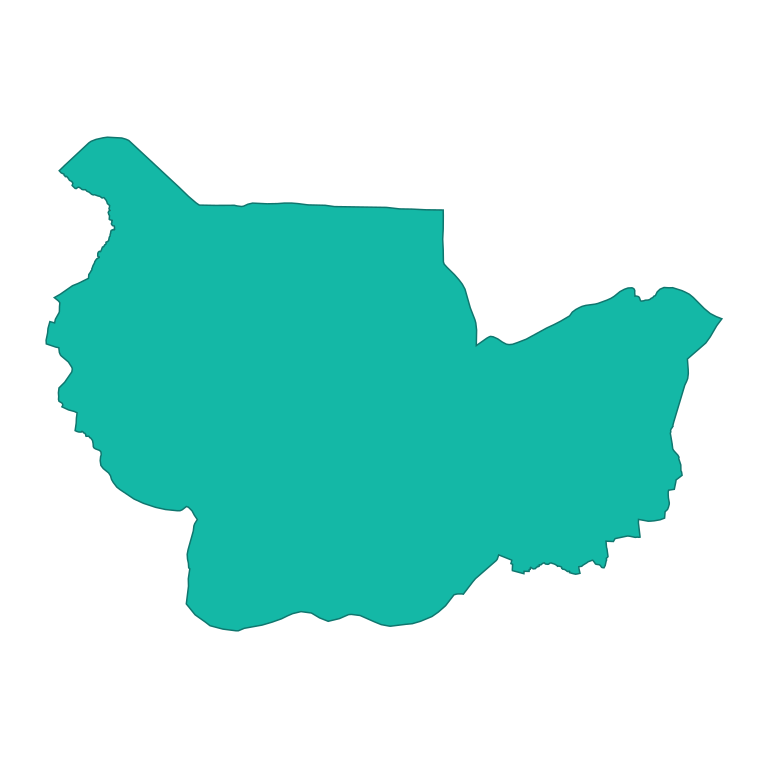 outline of Nong Hong, Buri Ram, Thailand
{"feature_id": "78962969B41390045790021", "entity_name": "Nong Hong", "entity_type": "district", "adm_level": 2, "iso_a3": "THA", "parent_name": "Thailand", "parent_adm1": "Buri Ram", "projection": "natural_earth1", "projection_center": [102.637, 14.875], "detail": "fine", "context": "isolated", "style": "filled", "palette": "teal", "viewbox_px": 768, "rotation_deg": 0, "n_neighbors": 0, "source": "geoboundaries", "source_scale": "gbopen_adm2", "svg_char_len": 6010}
<svg xmlns="http://www.w3.org/2000/svg" viewBox="0 0 768 768"><path d="M75.1,430.6L76.7,431.4L78.7,432.0L81.2,432.1L81.5,431.5L82.4,431.5L82.8,432.0L83.4,432.2L83.6,432.8L84.9,433.3L85.1,433.8L85.7,434.3L85.8,435.9L86.1,436.3L88.8,436.2L89.8,437.7L90.4,437.8L91.2,438.7L92.5,440.5L93.1,443.6L93.3,446.6L93.8,447.7L95.3,448.8L99.3,450.3L100.3,451.1L101.0,452.2L101.2,454.9L100.6,456.6L100.2,460.6L100.9,465.5L103.3,468.6L108.6,472.9L110.5,475.8L111.5,479.4L113.3,482.5L116.8,487.1L120.0,489.6L134.0,499.0L143.4,503.3L155.5,507.3L165.4,509.5L177.0,510.7L180.1,510.7L182.2,509.8L186.4,506.5L188.4,507.2L192.0,510.8L194.4,515.3L197.3,519.5L194.7,523.7L193.9,525.9L193.3,531.0L188.1,549.6L187.2,554.3L187.5,559.0L188.4,563.2L188.7,567.8L189.8,568.8L188.3,578.8L188.5,586.2L186.3,603.9L195.1,614.8L205.5,622.2L210.0,625.7L222.9,629.1L236.1,630.8L238.3,630.8L244.3,628.3L262.0,625.1L271.9,622.2L281.5,618.8L287.8,615.7L292.7,613.6L301.0,611.6L311.4,613.0L319.6,617.9L328.2,621.3L339.4,618.6L348.6,614.6L351.4,614.4L360.1,615.5L374.8,622.0L381.2,624.6L389.2,626.1L390.5,626.2L405.8,624.3L412.3,623.7L420.5,621.3L432.0,616.5L438.3,612.1L445.6,605.7L454.0,594.8L456.9,594.0L458.9,593.9L462.0,593.9L463.3,594.2L472.8,581.8L475.5,578.6L496.3,560.5L497.3,559.1L498.7,554.9L511.7,560.1L511.8,560.4L510.9,563.6L512.6,564.3L512.3,569.6L512.4,570.6L523.9,573.7L524.1,571.3L529.1,571.4L529.2,569.6L530.2,569.4L530.4,567.7L530.6,567.4L531.1,567.5L532.3,568.5L533.4,568.9L535.4,568.6L536.3,567.5L537.2,567.0L537.6,566.4L538.6,566.6L539.2,566.2L539.3,565.9L539.2,565.1L539.3,564.8L540.8,564.9L542.6,563.4L544.2,562.8L545.4,564.0L547.6,564.3L548.5,564.2L550.2,563.0L551.6,563.0L552.1,563.4L553.2,563.6L555.4,564.5L556.5,565.3L557.4,565.7L557.5,566.3L558.9,566.1L560.9,566.7L561.7,567.4L561.7,568.4L562.4,568.8L562.7,569.2L564.4,569.4L565.9,570.3L567.4,571.5L569.5,571.3L569.7,571.6L569.5,572.6L573.2,573.7L575.6,574.2L577.5,573.9L580.0,573.3L578.9,568.4L578.8,566.7L581.7,566.3L583.2,565.0L586.8,562.8L588.1,561.8L592.4,560.2L592.8,560.3L594.1,561.9L595.5,564.0L596.3,564.3L599.5,564.8L600.4,565.6L601.6,567.3L602.3,567.6L604.0,567.8L605.2,565.5L606.2,560.9L606.6,560.1L606.3,558.3L607.6,557.2L608.0,556.5L607.0,549.0L606.5,547.3L606.0,541.2L613.4,541.5L615.1,538.6L626.6,536.2L627.8,536.0L630.1,536.3L635.3,537.4L637.2,537.1L638.9,537.3L640.0,537.2L640.0,536.4L638.4,522.8L638.5,519.4L648.2,521.2L650.9,521.1L654.3,520.8L660.1,519.8L664.6,518.1L665.1,511.7L666.8,510.2L667.6,509.3L668.4,507.3L669.2,504.4L669.3,502.9L668.4,497.9L668.2,494.4L668.2,491.9L668.6,490.2L674.3,489.3L675.7,482.5L676.1,479.9L682.1,475.3L681.6,472.0L680.9,470.6L680.8,464.9L678.7,458.5L679.0,457.2L677.9,455.2L674.1,451.0L673.0,449.4L672.7,448.6L672.1,443.7L670.3,433.2L670.8,431.9L670.6,430.6L670.9,429.5L671.5,428.4L672.3,427.5L672.4,426.9L673.0,426.4L672.9,425.2L673.8,421.8L684.8,385.1L686.5,381.6L687.7,378.5L688.3,373.6L688.2,369.8L687.4,359.0L705.8,343.0L710.2,336.9L716.8,325.6L721.9,318.8L716.2,316.6L710.2,313.5L704.2,308.5L693.3,297.5L689.3,294.2L684.8,291.9L681.9,290.6L672.7,287.7L669.0,287.8L664.0,287.5L660.0,289.2L657.2,291.9L655.4,295.6L653.7,296.3L652.8,297.6L651.1,298.3L650.3,299.2L648.3,300.0L645.2,300.2L643.7,300.8L641.3,301.1L640.5,300.7L639.4,297.6L638.7,296.8L637.9,296.4L635.9,296.0L635.0,296.2L634.7,292.7L634.8,290.7L634.2,289.1L633.0,288.2L632.0,287.8L628.0,288.0L624.3,289.3L620.0,291.6L614.2,296.3L611.0,298.3L607.0,300.1L598.0,303.4L595.2,304.1L585.7,305.4L582.0,306.4L579.2,307.7L575.8,309.5L572.3,312.1L569.6,315.9L560.6,321.2L553.8,324.7L546.7,328.0L526.2,339.2L517.4,342.6L512.5,344.3L509.1,344.6L506.4,344.2L502.4,342.1L497.8,338.9L493.2,336.8L490.6,336.4L489.5,336.7L486.9,338.1L476.3,345.6L476.6,330.1L475.8,323.0L474.9,319.7L470.3,307.9L465.0,289.2L462.3,284.2L458.9,279.7L454.5,274.7L447.2,267.5L444.2,264.2L443.4,261.9L443.2,249.6L442.7,239.3L443.2,229.0L443.3,215.8L443.2,210.0L426.2,209.8L411.7,209.1L399.6,208.9L386.5,207.4L334.5,206.6L325.2,205.3L308.1,204.9L297.9,203.6L291.9,203.1L284.1,203.1L277.5,203.6L267.2,203.8L252.6,203.1L247.9,204.2L243.5,206.2L241.5,206.5L236.9,205.9L234.4,205.3L215.7,205.4L199.3,205.1L196.1,202.9L188.5,196.4L179.3,187.5L128.8,140.5L125.9,139.2L121.8,138.0L107.4,137.2L103.1,137.8L96.0,139.4L91.1,141.3L88.8,142.9L65.1,165.0L59.2,170.7L61.2,172.9L64.0,174.2L64.2,175.4L64.9,175.9L65.3,176.6L65.7,176.7L66.6,176.4L67.8,177.7L69.5,180.3L71.9,181.6L72.2,182.3L72.9,183.2L72.1,185.5L75.1,188.4L76.2,188.6L77.8,187.4L78.8,187.2L80.4,188.1L81.9,189.4L83.0,189.7L85.5,189.7L86.9,191.2L89.2,192.2L91.4,194.1L92.3,194.6L93.4,194.9L94.6,194.7L98.1,196.0L99.8,196.3L102.1,198.0L103.8,197.6L104.4,198.0L105.3,199.3L106.2,200.3L107.0,202.2L107.4,203.6L109.6,205.5L109.4,207.6L109.0,208.2L109.0,208.9L110.0,210.5L108.9,211.0L108.2,212.4L108.8,214.5L109.5,215.7L109.2,219.2L109.7,219.4L109.9,219.8L110.5,219.8L111.3,220.2L112.2,220.4L112.2,220.7L111.8,221.2L111.9,222.6L111.4,223.3L111.4,224.0L112.4,225.5L113.0,225.8L114.1,225.9L114.6,227.2L114.2,228.3L114.7,229.1L114.1,229.9L112.7,229.7L112.2,230.2L111.7,230.1L111.1,230.5L111.0,231.4L110.7,231.8L110.6,233.4L110.2,234.1L110.1,235.9L109.3,237.1L108.6,240.5L107.4,241.7L106.2,242.0L105.9,242.7L106.1,243.6L105.6,244.4L104.7,244.8L103.6,246.8L102.5,247.0L101.1,250.6L100.5,251.6L99.3,251.3L98.2,252.3L97.8,253.5L97.7,256.1L98.2,256.6L99.2,256.9L99.2,257.5L98.4,257.7L97.6,258.5L96.9,258.7L95.8,260.0L94.8,261.6L94.4,263.1L93.0,265.6L92.2,268.0L91.9,268.5L91.8,270.0L90.9,271.1L90.4,272.2L88.8,274.5L88.5,278.3L78.2,283.4L72.5,285.7L60.3,294.2L54.3,297.6L58.4,300.9L59.7,302.5L59.8,303.4L59.5,306.5L59.4,311.5L59.0,312.8L55.4,319.2L54.6,322.9L49.9,321.6L48.0,328.4L47.6,333.0L46.1,340.2L46.3,343.9L55.8,347.1L58.8,347.7L59.4,352.6L60.4,354.9L61.1,355.8L68.4,362.0L71.8,367.3L72.3,368.9L71.8,371.9L64.7,382.2L59.0,387.9L58.4,392.8L58.7,396.6L58.5,399.4L59.0,401.3L61.9,403.0L62.6,404.1L62.8,404.9L62.7,405.3L61.9,406.8L68.5,409.9L74.4,411.5L77.1,412.8L76.4,418.1L76.2,423.1L75.1,430.6Z" fill="#14b8a6" stroke="#0f766e" stroke-width="1.5"/></svg>